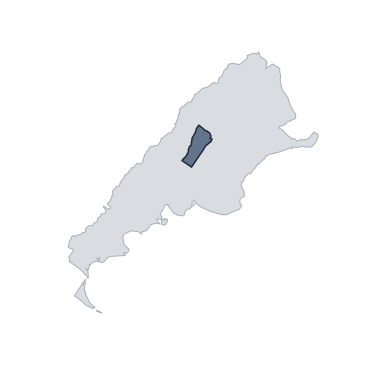 San Luis on a map of Argentina (Natural Earth projection), rotated 34°
{"feature_id": "ARG-1298", "entity_name": "San Luis", "entity_type": "Province", "adm_level": 1, "iso_a3": "ARG", "parent_name": "Argentina", "parent_adm1": "", "projection": "natural_earth1", "projection_center": [-66.295, -33.924], "detail": "fine", "context": "in_parent", "style": "filled", "palette": "slate", "viewbox_px": 384, "rotation_deg": 34, "n_neighbors": 0, "source": "natural_earth", "source_scale": "10m", "svg_char_len": 6232}
<svg xmlns="http://www.w3.org/2000/svg" viewBox="0 0 384 384"><g transform="rotate(34 192 192)"><path d="M235.4,117.2L233.3,121.0L233.7,123.5L231.7,129.5L232.2,130.6L230.6,133.5L231.1,136.5L230.3,139.5L230.5,143.2L229.9,144.3L228.6,144.6L227.5,149.8L228.6,154.7L227.6,155.7L229.3,159.3L234.8,162.4L237.6,165.7L237.6,167.0L236.1,169.0L235.9,170.7L236.7,173.0L238.0,174.4L240.7,175.3L241.0,178.5L240.5,180.6L235.3,187.9L234.0,191.1L229.2,194.3L216.8,198.1L207.2,199.5L201.7,199.2L198.1,197.7L198.4,201.9L200.2,203.1L199.2,203.1L200.0,203.9L199.5,207.3L198.3,207.9L197.5,210.7L197.5,213.2L198.5,215.2L197.4,217.2L193.2,219.2L188.3,219.7L179.3,216.5L179.6,215.9L179.1,215.7L177.7,216.4L177.0,219.2L178.0,223.4L177.7,227.2L178.2,228.4L181.5,229.8L181.3,231.3L182.4,231.5L184.7,231.1L185.0,229.9L183.8,229.5L187.0,228.5L188.2,230.1L188.2,233.9L187.7,234.9L185.1,235.6L184.4,235.4L183.1,232.7L181.9,232.2L178.3,233.6L177.9,234.5L183.1,236.4L179.2,238.4L176.2,242.0L176.1,248.5L175.4,250.3L173.3,252.0L172.9,253.2L173.6,254.0L173.4,255.2L169.4,254.8L166.5,256.8L163.9,257.5L159.2,264.7L159.9,268.3L165.1,273.5L171.8,274.8L172.6,276.5L172.3,278.6L171.5,279.8L169.1,280.9L171.2,280.9L172.1,282.0L160.3,291.1L158.8,293.8L158.1,299.3L157.2,300.4L154.8,301.5L153.1,300.4L151.9,298.4L151.9,300.0L149.7,300.6L152.4,300.7L153.6,302.0L150.0,304.0L149.0,305.8L148.6,308.4L147.1,309.8L148.2,309.5L149.3,314.5L146.5,314.8L150.0,315.6L154.0,321.2L153.7,321.7L153.6,321.1L143.1,318.6L129.1,318.2L129.2,317.4L125.9,314.4L126.6,312.3L126.0,310.4L126.7,308.8L126.2,306.7L125.0,306.1L120.5,307.2L117.9,301.7L118.0,298.7L117.2,296.8L117.9,294.4L120.2,294.3L120.8,291.7L123.8,289.7L123.7,287.2L125.5,285.8L125.9,284.6L124.2,281.4L125.3,277.9L128.4,275.2L128.1,271.9L129.8,270.2L128.4,265.7L130.1,263.8L129.3,262.8L129.2,260.4L130.9,259.8L132.0,257.2L130.2,254.9L127.0,254.2L126.8,253.0L132.6,252.9L133.3,251.1L132.9,250.0L128.5,249.4L128.5,246.9L129.4,245.3L128.5,243.6L128.8,242.1L127.6,239.9L128.7,238.9L125.8,236.6L125.7,232.8L126.4,231.8L125.9,229.8L128.5,227.9L127.2,224.2L127.4,217.2L126.9,215.3L128.5,212.4L127.7,210.5L128.8,209.1L128.3,205.5L129.6,205.2L130.5,199.0L133.9,197.2L134.5,195.9L132.1,188.1L132.3,185.1L131.8,183.8L132.4,182.0L131.8,179.5L132.8,176.5L135.1,175.3L135.3,174.3L137.6,172.2L137.5,167.2L136.4,164.6L137.6,163.6L138.3,159.8L140.1,155.7L141.6,155.0L141.2,150.4L141.8,146.2L139.7,145.4L140.2,142.5L139.5,141.7L139.0,138.6L137.6,135.8L137.5,134.6L138.3,133.8L136.8,132.7L135.7,130.2L135.9,127.8L136.2,126.2L137.8,125.0L137.5,123.9L138.8,119.1L140.4,118.8L141.3,117.1L140.4,116.2L140.6,113.3L139.8,109.1L141.3,107.0L142.6,100.6L146.3,96.0L148.8,88.8L150.8,88.6L152.9,87.1L150.7,82.4L152.1,79.4L150.6,73.2L151.1,70.8L152.3,69.5L150.9,67.1L151.3,65.1L153.3,62.9L160.3,59.6L163.0,49.9L161.5,48.2L165.3,42.5L168.1,41.6L169.2,38.7L172.7,41.5L178.8,41.5L181.9,42.7L184.1,48.3L187.3,40.8L195.7,40.5L197.4,43.2L200.6,46.2L202.8,50.4L209.8,57.0L218.7,60.1L224.1,64.5L230.5,68.2L233.7,69.1L236.1,71.7L236.6,73.6L235.1,75.1L234.0,78.0L232.3,79.7L231.5,81.5L231.6,83.9L228.2,88.6L228.3,90.3L231.7,89.9L239.8,91.7L243.8,91.7L245.0,92.5L247.2,90.3L250.7,91.2L253.0,87.4L255.3,86.7L257.7,84.1L259.0,80.9L259.6,74.0L261.0,74.5L263.2,73.5L265.3,74.9L266.8,80.7L266.3,86.2L265.3,88.5L262.8,89.7L261.4,91.3L257.5,92.5L255.3,95.5L250.4,98.6L250.7,100.3L249.1,100.2L240.7,111.7L235.4,117.2ZM152.5,343.8L152.4,324.3L155.2,328.1L153.8,327.9L153.5,329.7L155.7,330.1L156.8,332.4L161.7,336.7L169.0,341.0L176.2,342.2L174.2,344.3L167.1,345.3L162.9,344.2L152.5,343.8ZM179.1,343.5L181.3,342.8L185.6,342.6L179.9,344.2L179.1,343.5ZM201.3,200.9L201.2,201.7L199.9,200.4L201.3,200.9Z" fill="#d9dde1" stroke="#a8b0b8" stroke-width="1"/><path d="M177.7,162.3L177.7,170.2L177.7,171.6L177.3,171.6L170.6,171.6L170.4,171.6L166.2,171.6L166.1,171.3L166.1,171.1L166.2,170.7L166.2,170.0L166.5,168.5L166.6,167.6L166.9,167.1L166.9,166.9L166.9,166.1L167.0,165.5L167.0,165.3L166.9,164.7L167.0,164.6L167.0,164.4L166.9,164.2L167.0,163.6L167.0,163.4L166.8,163.0L166.8,162.9L166.8,162.7L166.7,162.4L166.6,162.2L166.7,161.8L166.7,161.6L166.5,160.9L165.6,159.1L165.2,158.7L165.2,158.3L165.0,157.7L164.9,156.9L164.9,156.7L164.7,156.6L164.8,156.3L164.7,156.1L164.7,155.4L164.6,155.2L164.7,154.9L164.7,154.7L164.8,154.7L164.9,154.8L165.0,154.8L165.1,154.6L165.1,154.4L165.1,153.9L165.2,153.7L165.0,153.3L165.0,153.0L164.9,152.9L164.7,152.7L164.5,152.1L164.4,151.9L164.2,151.7L163.9,151.5L163.8,151.4L163.7,151.3L163.7,151.1L163.5,150.5L163.3,150.2L163.2,149.7L163.1,149.3L163.0,149.2L162.9,149.1L162.2,147.8L162.1,147.6L162.1,147.4L162.1,147.0L162.1,146.8L161.9,146.4L161.9,146.0L161.8,145.9L161.8,145.7L161.8,145.0L161.8,144.1L161.7,143.9L161.7,143.7L161.7,143.4L161.6,143.0L161.5,142.8L161.5,142.7L161.7,142.3L161.6,141.9L161.6,141.6L161.8,141.3L161.7,141.2L161.6,140.8L161.5,140.7L161.4,140.6L161.3,140.4L161.2,140.3L161.1,139.5L161.1,139.4L161.0,139.0L160.9,138.7L160.8,138.4L160.8,138.2L160.7,138.1L160.5,137.9L160.2,137.0L160.2,136.6L160.2,136.0L160.2,135.7L160.2,135.1L160.2,134.8L160.2,134.7L160.3,134.2L160.3,133.9L160.3,133.6L160.2,133.3L160.2,133.2L160.3,133.0L160.3,132.9L160.6,132.8L160.9,132.8L161.1,132.9L161.3,132.9L162.1,132.9L162.3,132.8L162.5,132.8L162.8,132.9L162.9,133.0L163.0,133.1L163.3,133.1L165.3,133.0L165.8,133.1L166.0,133.2L166.2,133.3L166.3,133.4L166.5,133.4L166.8,133.3L167.0,133.4L167.5,133.4L167.9,133.6L168.0,133.6L168.3,133.5L168.8,133.5L169.2,133.5L169.6,133.3L169.9,133.2L170.1,133.1L170.4,133.0L170.7,133.0L171.1,133.1L171.3,133.2L171.6,133.3L171.9,133.3L172.7,133.1L173.4,133.1L173.6,133.2L174.0,133.4L176.1,134.8L176.3,135.0L176.6,135.2L176.6,135.3L176.7,135.5L176.7,135.8L176.7,136.1L176.8,136.3L176.9,136.5L177.0,136.6L176.9,137.0L177.0,137.1L177.0,137.3L178.0,137.2L178.7,137.0L178.9,136.9L179.0,136.9L179.1,137.0L179.1,137.5L179.1,138.0L179.1,138.3L179.3,138.7L179.3,138.9L179.4,139.1L179.4,139.3L179.5,139.3L179.4,139.7L179.4,140.0L179.2,140.4L179.1,140.8L179.0,141.0L178.9,141.1L178.9,141.3L178.9,141.5L178.8,141.8L178.7,141.8L178.7,142.3L178.4,143.0L178.4,143.3L178.4,143.5L178.2,144.0L178.1,144.3L178.2,144.5L177.9,144.8L177.5,145.3L177.5,145.5L177.8,152.6L177.7,162.3L177.7,162.3Z" fill="#64748b" stroke="#1e293b" stroke-width="1.5"/></g></svg>